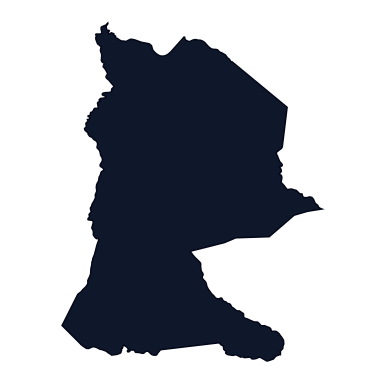 the district of Guinope, El Paraíso, Honduras
{"feature_id": "27666195B48819141488377", "entity_name": "Guinope", "entity_type": "district", "adm_level": 2, "iso_a3": "HND", "parent_name": "Honduras", "parent_adm1": "El Paraíso", "projection": "mercator", "projection_center": [-86.952, 13.873], "detail": "fine", "context": "isolated", "style": "filled", "palette": "ink", "viewbox_px": 384, "rotation_deg": 0, "n_neighbors": 0, "source": "geoboundaries", "source_scale": "gbopen_adm2", "svg_char_len": 5844}
<svg xmlns="http://www.w3.org/2000/svg" viewBox="0 0 384 384"><path d="M184.1,37.0L170.7,52.0L168.4,54.0L166.3,55.3L165.0,55.7L163.7,56.1L161.4,56.1L159.9,55.8L158.4,55.1L156.5,53.9L154.7,52.3L152.7,50.0L151.5,45.7L149.9,44.3L148.9,43.7L141.5,42.3L134.5,39.8L131.3,39.2L129.9,39.5L126.0,41.5L125.1,41.4L124.2,41.1L121.9,41.1L120.0,40.3L117.2,38.3L115.8,38.0L115.5,37.5L115.6,36.1L114.1,35.4L113.9,34.8L114.0,34.1L113.5,33.6L111.4,32.8L109.5,33.8L108.9,33.9L108.4,33.7L108.1,33.3L108.2,32.8L109.0,31.5L109.3,30.7L108.4,30.3L107.7,30.7L107.3,30.6L106.4,28.5L106.2,27.0L106.3,25.9L107.6,24.2L107.9,23.4L107.8,23.0L105.8,25.1L101.9,26.7L101.3,27.2L101.1,27.9L101.1,29.3L101.9,32.5L101.5,33.6L99.6,34.1L96.6,34.0L96.0,34.2L95.7,34.5L95.8,34.9L96.5,36.0L96.3,36.6L95.8,37.2L95.9,39.3L97.3,43.2L97.8,44.0L98.7,44.6L99.9,45.8L100.7,46.1L101.1,46.5L100.4,50.5L101.7,54.5L101.7,55.9L101.4,59.6L101.4,60.7L102.1,61.9L102.9,62.5L103.7,62.9L104.1,63.4L104.1,64.0L103.5,65.2L103.2,66.9L104.2,67.8L105.0,68.9L106.7,71.7L107.5,73.4L107.3,74.3L106.1,76.2L106.0,77.2L106.7,78.3L108.9,80.2L114.1,86.4L113.7,87.0L111.8,88.9L111.6,89.7L111.6,91.4L110.7,92.1L109.1,92.5L105.3,92.6L103.2,93.1L102.5,93.5L102.3,94.2L102.4,94.9L104.9,96.0L105.7,96.7L105.9,97.2L105.4,97.6L104.4,98.0L100.7,98.4L99.6,99.3L99.1,100.0L100.0,101.0L99.8,101.5L99.5,101.8L98.3,102.0L97.5,103.0L98.2,107.1L98.0,107.9L97.6,108.2L97.0,108.4L95.0,108.3L94.4,108.5L92.5,111.9L91.9,112.2L91.1,112.2L90.6,112.6L90.2,115.1L88.0,116.1L88.2,116.5L89.8,117.3L90.1,118.0L89.2,119.2L87.4,119.5L87.5,119.9L88.2,121.2L86.7,122.4L86.0,123.2L85.9,123.9L86.3,125.8L86.2,126.9L86.0,127.3L84.6,128.4L84.7,129.4L85.1,130.4L86.8,131.8L88.0,133.1L88.3,133.7L88.2,134.4L88.5,134.6L89.5,136.1L90.2,136.6L91.8,137.1L94.0,139.6L96.4,141.1L97.2,142.3L97.6,144.1L97.0,147.5L97.4,148.2L99.0,149.8L99.6,150.8L100.1,152.3L100.6,155.1L102.1,157.8L102.4,158.9L102.4,160.1L102.2,161.2L100.4,164.2L100.1,165.0L100.1,165.8L100.6,166.6L102.0,167.3L103.0,168.2L103.6,169.0L103.8,169.6L103.5,170.5L101.5,171.7L101.1,172.2L100.4,174.8L99.2,177.0L98.5,181.3L97.5,182.7L96.6,184.9L96.3,187.5L96.8,191.1L95.3,194.8L95.5,197.8L93.9,201.2L92.2,203.9L91.5,206.4L90.6,207.5L90.4,208.8L91.2,211.9L90.7,212.6L89.7,213.6L89.1,214.5L89.0,214.9L89.5,215.7L89.4,216.6L89.2,217.2L88.3,218.2L87.9,219.2L88.0,219.6L88.5,219.9L91.6,220.2L92.5,220.6L92.9,221.1L93.2,221.9L93.2,222.8L91.8,228.0L93.2,230.6L93.4,232.3L93.3,234.1L93.4,235.0L94.2,236.4L95.5,237.9L96.5,238.6L98.3,238.7L98.7,239.2L98.8,239.9L97.0,244.8L94.5,254.4L92.9,258.4L92.4,261.0L91.9,262.2L91.9,264.2L90.9,268.8L90.6,274.0L89.7,276.5L88.2,279.5L87.8,280.7L87.9,282.9L87.6,284.2L85.9,286.7L82.9,289.6L81.2,291.7L77.8,294.3L62.1,325.5L80.3,343.7L81.0,344.6L82.1,345.3L83.0,346.2L85.5,347.6L85.5,347.9L86.9,348.4L88.5,348.5L89.8,348.0L92.4,346.8L93.6,346.7L94.8,346.9L96.4,347.4L100.1,349.3L101.8,349.5L106.0,351.1L109.2,353.5L110.6,354.1L111.3,354.9L111.7,355.1L116.9,354.4L119.9,353.3L120.6,352.9L120.9,352.4L121.6,350.0L121.5,349.3L121.6,348.8L121.7,348.5L122.3,348.4L123.2,345.7L123.7,345.1L126.6,346.9L128.2,348.8L128.6,349.7L127.5,350.5L127.4,351.0L127.6,351.6L128.0,351.9L128.8,351.8L129.6,351.4L130.0,350.9L130.1,350.2L130.6,349.9L132.0,350.1L133.4,349.9L134.7,350.8L135.3,352.0L135.7,352.3L138.8,352.5L142.8,353.4L143.8,353.1L145.7,351.5L146.5,351.2L147.3,351.2L148.5,351.5L150.6,353.6L151.9,354.6L153.5,355.1L155.2,355.2L156.1,355.1L156.8,354.6L158.1,352.5L160.6,349.7L219.0,342.8L221.3,345.0L223.4,346.1L223.7,349.2L224.8,350.5L225.5,350.7L226.1,351.1L225.7,352.6L225.7,353.1L226.4,353.8L227.8,354.6L232.2,355.3L233.8,355.3L235.0,354.8L235.7,354.8L237.2,355.3L240.6,357.1L242.2,356.8L243.3,357.1L243.9,357.5L246.2,357.5L249.9,357.1L250.9,357.7L251.6,358.7L252.8,359.0L254.9,358.8L256.8,358.3L258.6,357.4L259.9,357.1L262.3,358.4L266.4,360.8L267.2,361.0L268.8,360.6L273.4,359.0L275.4,356.6L276.1,356.0L279.8,354.6L280.4,354.7L280.5,351.0L280.9,350.4L282.7,348.7L283.0,346.0L283.8,344.0L283.5,340.2L281.6,337.1L280.8,336.2L278.9,333.5L276.7,331.7L275.6,331.3L272.5,331.3L271.5,331.2L270.6,328.6L269.3,327.5L267.1,326.8L264.7,325.7L261.1,325.8L259.6,323.9L257.6,322.1L253.9,321.9L248.9,319.7L247.8,319.1L245.8,318.5L244.3,317.9L243.6,316.9L243.6,314.1L243.2,313.4L242.4,313.0L239.4,310.9L238.9,310.8L238.4,311.1L237.5,311.0L235.6,310.0L234.8,309.4L234.4,308.7L231.8,307.1L230.7,305.0L229.9,304.1L228.9,303.6L227.4,303.4L225.8,301.8L223.6,301.2L222.8,300.1L222.1,298.7L221.5,298.1L220.9,298.0L219.2,298.7L218.1,298.8L216.6,298.6L215.5,297.9L213.3,295.2L212.6,294.8L211.8,294.0L208.0,288.7L206.7,286.0L206.4,284.1L205.7,282.2L204.7,280.9L203.3,279.6L202.2,277.9L202.3,276.5L203.0,275.1L203.1,274.3L202.6,273.0L201.4,271.3L201.1,270.3L200.6,266.4L200.7,264.0L200.5,263.1L199.9,262.3L194.1,256.5L190.2,251.5L189.6,251.4L224.4,242.6L235.8,237.8L269.2,236.7L294.1,215.2L307.5,211.3L321.9,209.0L319.5,208.0L318.5,207.0L317.8,205.4L315.2,203.3L313.5,199.4L312.0,197.5L309.9,196.9L306.3,197.7L304.2,197.6L303.3,197.1L302.6,196.2L302.0,194.0L300.5,193.9L299.5,193.6L296.4,190.5L291.3,189.0L288.0,189.5L287.1,189.4L286.6,189.0L284.1,185.6L281.5,182.8L281.1,182.2L281.8,178.3L281.7,176.3L281.3,175.4L279.6,174.5L279.4,174.1L279.8,173.3L281.2,171.7L281.3,170.4L280.9,169.1L279.4,167.2L279.7,166.8L280.6,166.7L281.8,165.9L282.2,165.4L282.3,165.1L281.7,163.7L280.2,162.2L279.6,161.3L277.8,157.1L277.6,156.1L277.0,155.5L276.2,152.8L276.4,152.4L278.5,150.6L281.4,148.4L282.0,147.5L282.3,146.7L287.1,107.3L232.2,61.9L231.4,61.8L230.8,61.4L230.1,60.5L229.5,59.3L227.5,57.8L225.5,55.0L222.1,53.0L219.6,52.0L218.7,51.2L218.0,50.2L217.4,49.8L216.4,49.5L212.4,49.2L210.8,48.5L208.7,46.9L204.7,42.5L203.3,41.5L201.8,40.7L200.2,40.2L197.8,40.1L196.6,39.7L195.1,39.6L193.3,39.9L189.7,41.5L188.7,41.5L185.5,40.0L185.0,39.2L184.7,37.3L184.1,37.0Z" fill="#0f172a" stroke="#020617" stroke-width="1.5"/></svg>